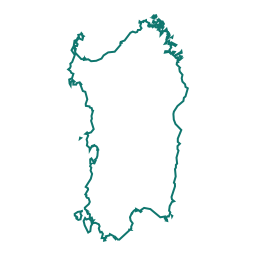 the district of Sardegna, Nuoro, Italy
{"feature_id": "23120603B31191283857260", "entity_name": "Sardegna", "entity_type": "district", "adm_level": 2, "iso_a3": "ITA", "parent_name": "Italy", "parent_adm1": "Nuoro", "projection": "mercator", "projection_center": [9.015, 40.086], "detail": "fine", "context": "isolated", "style": "outline", "palette": "teal", "viewbox_px": 256, "rotation_deg": 0, "n_neighbors": 0, "source": "geoboundaries", "source_scale": "gbopen_adm2", "svg_char_len": 5627}
<svg xmlns="http://www.w3.org/2000/svg" viewBox="0 0 256 256"><path d="M84.7,225.4L88.2,232.5L90.3,231.2L90.9,226.2L92.4,223.8L91.8,223.7L91.8,223.2L95.5,222.8L98.8,224.3L99.6,226.3L98.8,228.3L99.4,230.4L100.3,232.4L101.7,231.9L102.9,233.9L101.7,238.1L104.5,238.0L104.1,240.6L105.4,240.3L104.7,238.4L106.2,237.7L105.8,236.3L109.5,235.4L109.9,234.1L114.0,236.3L113.7,237.1L115.4,238.9L115.8,237.5L117.7,239.5L119.3,239.6L129.3,230.4L129.2,229.7L130.9,229.8L130.4,229.3L131.3,228.4L131.2,226.6L132.7,223.3L130.6,220.5L130.0,217.2L131.7,213.4L132.6,214.0L132.8,214.1L131.8,213.3L133.7,210.9L134.6,210.2L135.1,210.6L135.7,210.9L136.0,211.0L134.8,210.3L135.9,209.4L136.3,210.7L136.1,209.0L138.5,210.2L137.5,210.3L137.2,210.7L138.5,210.3L140.7,212.0L141.4,211.3L140.7,210.8L141.1,209.9L144.1,207.9L150.4,209.1L160.3,217.3L164.9,216.5L164.8,218.6L166.3,219.8L166.3,217.5L167.4,216.3L168.8,216.5L169.4,215.1L170.3,212.4L169.1,210.7L169.7,206.1L171.9,202.0L174.1,201.2L172.0,199.5L171.5,197.0L175.0,186.3L174.9,183.8L173.9,182.7L175.7,176.5L175.0,169.1L175.9,167.6L175.9,164.9L177.1,163.6L176.5,157.6L178.5,150.6L177.5,149.1L177.5,146.1L179.9,143.7L177.8,141.9L177.8,138.6L181.3,130.0L175.5,124.0L173.8,119.6L173.4,114.0L173.9,111.6L177.5,106.0L183.4,101.0L183.9,97.8L185.5,96.4L187.8,88.3L185.5,86.9L185.1,84.3L182.4,81.6L181.7,78.2L182.5,74.8L179.8,71.6L179.3,68.7L180.0,67.7L176.7,64.5L176.9,62.7L178.2,62.1L177.4,61.0L177.8,59.8L179.4,60.2L180.8,59.0L179.1,59.3L177.4,57.4L176.3,58.2L175.4,57.4L175.5,55.7L174.7,56.3L172.8,54.8L174.8,51.9L173.0,51.6L170.9,53.8L169.0,51.9L164.9,52.6L165.2,51.5L166.0,51.8L166.4,51.6L165.4,51.5L164.8,51.2L169.9,51.2L169.5,49.8L171.3,47.4L170.5,46.0L172.5,44.2L175.3,46.0L176.3,44.9L171.3,42.3L170.7,43.5L170.0,43.1L170.1,44.2L168.6,44.1L169.0,41.0L166.6,41.7L166.4,43.4L165.0,43.7L166.5,41.3L166.3,39.5L167.5,38.8L166.7,38.1L167.0,36.8L167.6,36.1L167.6,36.7L168.4,37.2L169.7,35.2L169.0,33.3L167.5,33.8L167.9,32.0L166.5,31.9L167.4,31.6L166.5,29.8L165.3,30.3L165.8,30.7L166.1,31.2L162.3,31.1L162.7,32.7L160.6,35.0L160.9,31.8L159.7,31.1L159.7,29.9L158.0,29.7L159.3,27.9L155.5,27.3L155.0,25.1L153.3,25.3L152.7,26.2L153.7,26.3L152.8,27.1L152.0,25.5L151.7,26.5L149.8,26.4L150.6,25.6L149.6,24.0L148.9,26.4L148.1,25.8L149.2,23.2L146.1,21.5L146.0,20.2L143.8,21.2L143.0,22.7L143.0,21.3L140.9,22.4L139.6,21.4L139.4,22.7L141.2,23.0L140.2,26.0L141.5,28.2L140.2,29.9L137.9,30.0L137.2,31.9L135.5,32.5L132.7,31.6L130.4,32.8L124.6,40.5L121.0,41.8L121.6,42.9L120.3,43.2L120.5,44.9L114.7,51.7L108.2,52.4L103.6,55.4L101.5,58.6L96.2,60.8L91.1,61.2L88.3,59.3L86.8,59.4L87.1,58.6L86.6,59.6L85.7,59.5L85.7,58.6L85.2,59.7L84.0,59.9L84.0,58.6L83.5,59.4L83.7,58.4L86.1,58.3L83.7,58.4L83.5,59.4L81.2,59.0L75.5,53.0L74.8,50.2L75.4,50.5L75.8,48.8L73.2,47.0L71.5,50.2L74.8,55.1L72.2,62.0L70.3,63.7L70.7,66.2L70.1,67.9L68.2,69.4L70.5,71.1L71.3,72.9L73.4,73.8L72.0,78.3L69.2,79.5L69.6,83.6L70.6,85.4L70.8,82.3L72.7,80.0L74.5,81.6L73.3,82.3L73.3,84.6L76.2,84.6L76.7,83.1L79.7,82.3L81.4,84.4L80.7,85.0L81.2,85.4L80.5,84.9L82.8,91.0L85.3,91.8L87.3,99.3L85.7,103.9L85.9,105.9L89.5,106.4L89.8,107.5L91.7,108.1L92.3,110.7L93.0,110.8L91.5,116.0L91.9,118.7L91.1,120.8L93.7,129.1L91.0,132.4L88.0,133.3L87.1,132.4L85.5,133.8L87.3,134.1L88.2,135.6L86.6,139.4L87.4,142.2L86.9,145.5L89.6,147.8L89.7,150.2L91.9,146.0L93.6,145.4L93.3,146.2L94.8,145.6L96.5,146.5L97.4,147.7L97.2,149.5L97.8,149.3L97.9,149.7L99.2,149.5L97.9,149.8L97.4,155.9L96.6,158.2L94.9,159.8L95.7,160.4L94.4,163.4L93.4,163.2L94.1,162.7L91.4,158.4L90.2,159.3L90.3,163.5L91.1,163.8L90.1,166.2L91.3,167.6L90.6,170.6L92.1,173.9L90.8,178.8L85.7,186.9L87.9,188.3L88.1,189.6L85.3,194.5L86.5,195.2L86.1,196.4L86.9,197.7L88.6,198.2L89.8,201.9L88.8,204.1L84.8,207.7L84.9,209.0L87.3,210.8L86.6,210.9L88.1,214.7L87.9,212.7L89.9,214.3L89.8,218.3L91.8,217.6L92.8,220.9L93.4,220.7L91.8,223.2L91.2,220.8L89.1,218.6L86.3,219.5L85.1,218.0L83.6,221.0L84.7,225.4ZM81.4,33.2L80.9,34.3L78.3,34.9L79.1,37.5L77.8,37.6L76.7,39.8L74.5,40.7L74.3,42.1L75.3,42.2L74.0,43.8L73.8,45.6L77.0,46.0L77.6,44.2L76.5,43.2L76.5,42.0L76.0,42.2L75.9,42.1L75.7,42.3L75.5,42.2L78.7,38.3L82.4,39.8L83.0,37.8L82.5,37.0L83.7,36.2L81.9,35.0L82.2,34.1L81.4,33.2ZM80.8,211.4L77.8,211.9L74.7,213.9L74.8,215.6L76.7,216.6L76.3,217.2L77.1,217.8L76.5,218.6L78.3,219.9L80.5,219.3L81.3,215.5L80.7,215.2L81.3,215.2L80.5,213.9L80.8,211.4ZM159.0,19.4L158.6,21.0L158.2,20.9L158.0,20.2L157.6,20.0L157.8,21.6L156.0,22.6L156.3,24.8L160.3,24.4L160.2,23.1L161.0,22.7L160.3,22.5L160.0,23.5L159.8,23.6L160.3,21.9L159.4,20.4L160.0,20.3L159.0,19.4ZM162.6,21.5L161.7,21.7L161.8,23.6L161.0,23.5L160.9,25.4L161.6,25.8L160.7,25.5L160.7,26.7L160.0,26.8L160.4,27.6L161.4,26.5L162.5,28.7L163.4,27.2L162.2,26.8L163.9,23.9L162.6,21.5ZM181.7,52.8L181.4,51.2L180.8,52.0L176.8,54.5L176.9,54.8L181.7,52.8ZM153.4,20.8L152.9,22.4L153.9,23.1L154.8,21.8L153.4,20.8ZM181.8,56.5L179.9,56.0L179.5,56.7L181.3,57.6L181.8,56.5ZM158.9,25.0L157.5,26.0L157.4,26.7L159.0,26.8L158.9,25.0ZM156.2,15.6L154.9,16.7L155.2,17.6L156.5,16.6L156.2,15.6ZM154.8,17.7L153.0,18.0L154.5,18.6L154.8,17.7ZM153.5,15.6L152.9,16.3L154.0,16.5L153.2,16.8L154.7,16.9L153.5,15.6ZM74.2,46.1L74.1,47.3L74.9,47.3L74.9,46.7L74.2,46.1ZM81.0,138.0L80.1,137.7L79.9,138.8L81.0,138.0ZM172.4,36.8L171.8,37.3L171.5,37.4L172.2,37.8L172.4,36.8ZM170.3,38.6L169.5,38.5L170.3,38.6ZM167.1,220.3L166.5,220.7L167.2,220.9L167.1,220.3ZM156.2,15.6L155.5,15.4L155.5,15.6L156.2,15.6ZM172.3,215.9L172.0,215.7L172.1,216.3L172.3,215.9ZM166.5,28.9L166.1,29.3L166.6,29.3L166.5,28.9ZM81.9,211.0L81.3,211.2L81.9,211.2L81.9,211.0ZM175.4,54.9L175.1,55.0L175.6,54.9L175.4,54.9Z" fill="none" stroke="#0f766e" stroke-width="2"/></svg>